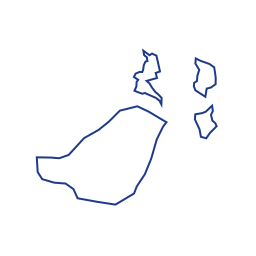 outline of Mokpo-si, South Jeolla, South Korea, rotated 166°
{"feature_id": "91817680B26607970527366", "entity_name": "Mokpo-si", "entity_type": "district", "adm_level": 2, "iso_a3": "KOR", "parent_name": "South Korea", "parent_adm1": "South Jeolla", "projection": "mercator", "projection_center": [126.362, 34.795], "detail": "fine", "context": "isolated", "style": "outline", "palette": "blue", "viewbox_px": 256, "rotation_deg": 166, "n_neighbors": 0, "source": "geoboundaries", "source_scale": "gbopen_adm2", "svg_char_len": 1269}
<svg xmlns="http://www.w3.org/2000/svg" viewBox="0 0 256 256"><g transform="rotate(166 128 128)"><path d="M158.7,56.7L138.0,63.0L133.5,69.3L122.7,79.2L112.8,92.8L102.9,109.9L93.8,120.7L89.3,124.3L96.6,131.5L103.8,138.7L113.7,146.8L131.7,146.8L145.2,138.7L156.9,133.3L173.1,128.8L192.1,116.2L202.0,115.3L210.1,118.0L223.6,121.6L226.3,107.2L223.6,99.1L212.8,92.8L202.0,89.2L195.7,81.9L193.9,72.0L175.9,63.9L158.7,56.7ZM99.9,155.3L93.7,150.5L90.9,147.0L89.9,142.9L88.1,149.1L89.9,152.2L91.2,154.3L92.6,156.0L93.7,158.5L95.0,161.6L96.4,166.1L98.5,169.2L87.8,169.5L87.8,174.7L83.3,175.1L82.9,191.3L86.7,194.4L89.5,193.4L94.4,199.3L94.7,194.8L92.6,192.0L93.0,188.2L95.0,188.2L97.5,185.1L99.2,180.9L100.6,178.9L103.3,179.6L107.5,178.9L109.9,176.1L106.5,172.3L108.5,170.6L109.9,166.1L112.7,162.6L109.9,160.5L105.8,157.8L103.0,157.8L99.9,155.3ZM47.0,174.2L44.8,167.2L48.1,161.8L49.7,156.9L52.9,155.8L54.0,152.6L53.5,148.3L45.4,139.6L42.1,147.2L37.8,147.2L32.4,149.3L30.8,155.3L30.2,160.2L29.7,166.1L33.5,170.4L41.6,175.8L45.4,179.1L47.0,174.2ZM61.0,120.2L58.9,109.3L59.4,101.8L54.6,99.1L49.7,103.4L44.3,106.6L41.6,108.3L42.1,111.5L44.3,114.7L44.3,120.7L41.6,123.9L41.0,129.3L48.6,125.0L52.4,124.5L59.4,125.0L61.0,120.2Z" fill="none" stroke="#1e3a8a" stroke-width="2"/></g></svg>